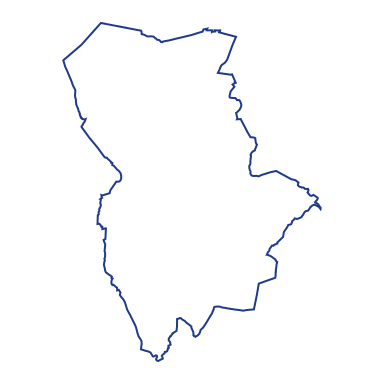 Irimbo, Michoacán, Mexico (orthographic projection)
{"feature_id": "50627088B92486141499695", "entity_name": "Irimbo", "entity_type": "district", "adm_level": 2, "iso_a3": "MEX", "parent_name": "Mexico", "parent_adm1": "Michoacán", "projection": "orthographic", "projection_center": [-100.467, 19.711], "detail": "fine", "context": "isolated", "style": "outline", "palette": "blue", "viewbox_px": 384, "rotation_deg": 0, "n_neighbors": 0, "source": "geoboundaries", "source_scale": "gbopen_adm2", "svg_char_len": 5932}
<svg xmlns="http://www.w3.org/2000/svg" viewBox="0 0 384 384"><path d="M195.4,336.8L197.7,335.4L199.2,333.9L200.0,332.2L200.5,330.1L203.4,327.2L206.3,322.8L210.1,316.4L211.9,313.6L213.1,310.5L213.8,309.1L213.9,307.9L214.4,306.9L217.2,306.5L220.1,306.7L222.5,307.6L225.0,307.8L227.0,308.3L235.5,309.6L239.1,310.0L243.2,310.7L246.8,310.0L253.9,309.4L256.8,295.2L258.8,283.6L268.3,280.2L275.1,277.9L275.5,276.9L275.7,271.7L275.9,271.7L275.9,271.0L275.9,269.3L276.1,268.7L276.4,266.2L276.6,264.4L277.2,262.0L276.6,261.8L276.0,260.7L275.7,260.5L275.6,260.1L275.5,259.6L271.2,256.4L268.8,255.3L268.0,255.1L267.7,254.5L267.4,254.5L266.9,254.6L267.9,252.2L268.6,251.6L269.4,250.4L269.5,249.2L269.7,248.7L272.1,245.5L273.5,245.7L274.2,244.7L275.6,244.4L276.5,243.8L277.4,243.5L277.4,242.3L278.2,241.7L281.4,238.5L283.1,236.9L283.5,234.3L283.9,232.0L287.1,227.3L287.9,225.8L288.3,224.9L290.1,224.6L291.2,224.1L291.7,223.0L292.1,221.8L292.2,221.1L293.9,219.7L294.7,218.4L296.0,218.7L296.8,219.0L298.2,218.6L301.5,217.2L301.6,216.6L303.1,214.8L304.3,212.5L305.1,211.6L305.8,211.1L308.0,210.7L309.4,208.9L310.4,207.0L311.3,206.5L312.2,205.5L312.7,205.4L313.5,205.0L314.1,204.9L315.6,205.1L316.0,205.4L317.8,206.3L319.1,207.1L320.5,209.0L320.7,208.0L318.3,204.4L317.0,203.3L315.1,202.6L315.4,201.6L316.8,200.2L317.7,198.7L317.6,197.6L316.3,196.9L314.7,195.6L313.3,194.9L311.7,195.9L310.1,195.5L308.4,193.5L308.1,193.4L307.6,192.4L307.9,192.2L307.9,191.9L308.5,190.4L308.0,188.9L306.4,189.0L304.6,188.7L304.2,188.0L303.3,187.5L302.0,187.6L301.4,187.3L299.1,186.5L298.5,186.0L298.0,185.2L297.9,184.5L298.0,183.9L298.5,182.6L295.6,180.3L293.7,179.7L291.4,179.3L276.2,171.0L270.5,172.2L261.5,175.0L258.8,176.3L256.1,175.8L254.8,176.0L252.4,175.8L251.7,175.5L251.2,175.0L250.6,174.1L250.3,173.3L250.5,172.2L250.5,171.4L249.7,169.7L249.3,167.8L249.3,165.7L250.1,164.7L250.4,163.4L250.4,160.4L251.0,156.1L251.0,155.9L250.6,155.4L250.5,154.9L250.8,154.1L251.8,152.6L253.0,151.3L254.9,150.4L254.9,149.6L255.0,149.4L255.3,148.7L255.8,147.8L256.0,147.2L256.1,146.7L256.2,146.3L256.7,145.5L256.9,144.5L256.2,143.7L255.9,142.8L255.7,141.7L255.3,139.0L255.3,138.2L254.9,137.8L253.1,137.4L250.5,137.2L247.4,132.0L244.9,127.1L241.0,119.7L240.7,119.0L239.1,119.2L237.0,119.3L237.2,118.9L237.3,118.0L236.1,113.0L236.6,112.7L239.4,109.9L240.2,108.6L241.2,106.3L241.3,104.5L240.8,102.9L239.8,100.7L238.9,100.0L238.0,100.1L237.0,100.1L235.5,98.1L230.6,97.8L230.1,97.6L229.5,96.8L229.5,96.2L230.6,91.4L234.4,86.7L232.6,84.5L235.0,83.0L234.9,82.7L235.7,82.7L232.0,74.3L230.9,74.7L217.9,72.9L219.4,69.9L221.0,65.9L222.0,64.8L223.5,63.8L225.2,62.4L227.2,59.6L232.4,45.3L236.0,36.8L219.7,32.5L219.9,31.7L219.3,31.8L219.9,30.4L217.9,30.5L214.7,30.3L215.0,31.5L212.4,31.7L211.9,32.0L211.9,31.5L211.9,30.3L206.5,30.3L206.4,29.6L207.0,28.7L204.5,29.3L203.5,29.4L202.6,31.6L198.2,32.9L192.9,34.6L190.4,35.3L173.9,39.2L169.6,40.3L163.1,41.5L162.3,42.2L161.5,41.9L161.0,42.0L160.4,41.2L159.4,40.2L156.9,39.6L156.1,38.6L155.5,38.4L153.5,36.6L151.0,36.3L148.3,36.5L146.7,36.1L144.7,35.0L143.4,34.5L141.7,34.1L141.6,32.2L141.1,30.7L100.9,23.0L81.4,44.8L63.3,60.3L64.5,64.4L65.3,66.9L66.8,70.1L71.6,81.5L72.9,85.4L74.4,88.3L75.4,90.4L75.0,95.3L75.2,97.4L75.9,99.3L75.9,101.1L76.3,104.6L77.7,108.1L78.1,108.6L78.4,110.4L78.7,111.2L79.3,111.9L79.4,112.8L79.6,113.4L80.0,113.9L79.8,114.4L80.0,115.2L80.0,115.6L80.4,115.9L80.9,116.7L80.8,117.0L80.7,117.3L80.8,117.7L81.1,118.0L81.9,118.1L82.0,118.2L82.0,118.8L82.2,119.0L82.4,119.1L82.7,119.0L84.6,119.5L85.6,119.1L84.7,121.7L83.8,122.7L83.2,123.6L82.9,124.6L82.6,124.9L81.5,126.5L81.5,126.8L81.6,127.1L89.4,137.8L94.1,143.4L98.0,148.2L104.5,157.1L105.6,157.7L106.7,157.6L107.5,158.6L110.9,161.7L111.0,162.6L112.3,162.9L112.3,165.2L113.7,165.6L116.9,169.3L119.1,171.2L120.5,173.1L121.2,175.8L121.2,178.7L120.4,180.4L119.8,181.1L118.9,181.6L116.2,181.7L114.6,184.2L114.2,184.7L110.4,190.2L109.6,193.2L102.2,195.5L101.4,195.1L101.6,196.8L102.1,197.8L101.4,198.1L100.3,199.1L100.8,199.3L100.7,200.7L100.4,202.0L100.5,203.4L100.3,203.6L100.9,205.2L100.1,207.8L99.5,208.2L99.3,208.7L99.2,209.7L99.4,210.7L98.6,212.2L98.7,214.5L97.8,215.2L97.5,224.0L99.1,223.7L99.4,223.9L100.6,225.1L101.4,226.9L102.3,226.7L102.4,226.9L102.3,229.1L105.8,228.3L105.9,228.5L105.5,237.2L105.4,239.0L103.6,239.9L104.0,241.3L105.2,244.3L105.1,246.4L104.7,249.7L104.6,251.3L105.1,252.6L105.1,256.6L105.0,257.2L104.4,258.7L104.9,260.3L104.3,262.0L104.3,262.4L103.9,264.7L104.8,268.5L105.1,270.5L105.7,272.0L106.1,272.5L109.2,274.8L110.7,275.7L111.7,276.4L111.8,276.7L111.6,277.1L111.4,277.9L112.6,278.5L111.9,279.5L111.4,281.5L111.5,283.8L111.8,284.5L112.5,284.6L112.9,285.1L113.4,284.8L114.2,285.3L115.5,286.7L116.8,287.4L117.2,288.7L117.2,290.4L118.8,289.9L120.5,292.6L119.9,294.4L119.8,294.9L120.0,295.2L120.7,296.3L121.6,297.4L122.9,298.9L123.5,299.7L125.0,302.5L127.1,309.5L129.2,313.4L130.0,314.7L133.1,321.1L134.0,322.8L135.2,325.3L136.0,327.3L137.7,333.8L138.3,335.6L138.9,337.0L139.5,337.7L141.4,340.8L141.7,344.1L141.4,345.4L141.0,349.3L145.6,350.8L148.4,351.5L150.5,352.5L152.8,356.3L153.4,356.6L154.5,356.1L155.1,355.7L156.0,355.3L156.8,355.7L157.1,356.3L156.9,357.4L156.2,358.7L156.1,359.6L157.0,360.6L158.2,361.0L161.1,359.4L162.0,359.1L162.8,358.6L162.6,357.6L161.8,355.7L163.0,354.4L164.5,353.4L164.8,351.9L166.5,351.7L167.2,351.1L167.2,350.5L167.8,349.7L167.7,348.9L168.1,348.2L168.6,348.2L168.8,347.8L168.5,347.5L168.3,347.1L168.6,346.4L168.4,346.3L168.4,345.7L169.1,345.5L170.6,344.6L170.3,343.6L170.2,342.4L169.6,341.3L168.8,340.6L168.7,338.7L170.0,336.8L170.1,336.4L170.8,336.2L171.8,334.6L172.1,334.4L172.4,334.1L172.3,333.6L172.8,333.1L173.2,332.9L173.5,332.8L175.4,331.6L176.5,330.9L177.0,326.6L177.1,319.0L178.7,318.7L179.4,318.1L180.7,318.1L182.2,319.5L184.7,320.9L186.7,322.9L190.5,325.7L191.4,326.6L191.3,327.6L193.2,331.8L193.5,334.2L193.4,335.3L194.1,336.2L194.8,336.1L195.4,336.8Z" fill="none" stroke="#1e3a8a" stroke-width="2"/></svg>